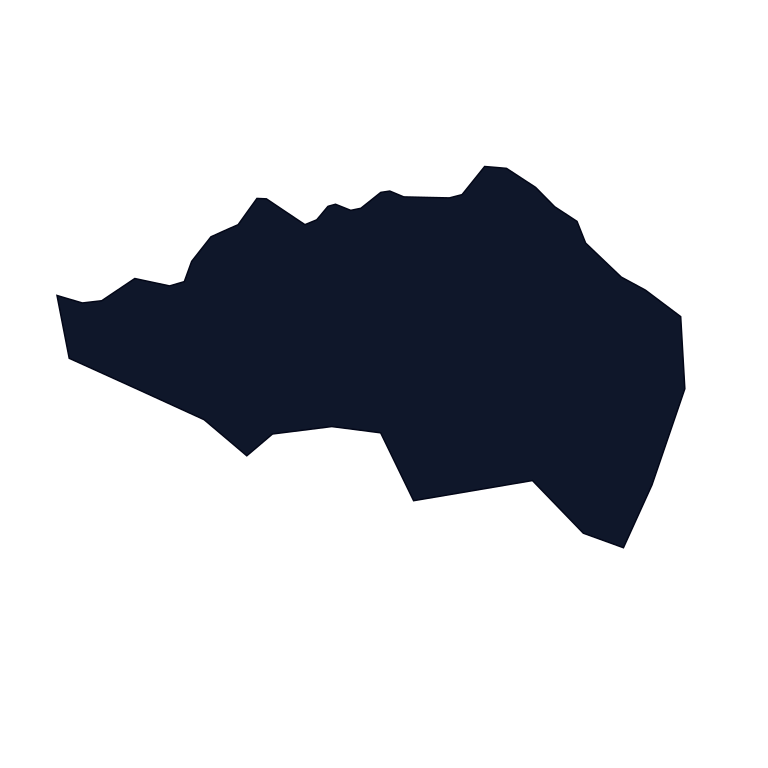 Likasi, Katanga, Democratic Republic of the Congo, rotated 169°
{"feature_id": "63176286B59059722008658", "entity_name": "Likasi", "entity_type": "district", "adm_level": 2, "iso_a3": "COD", "parent_name": "Democratic Republic of the Congo", "parent_adm1": "Katanga", "projection": "orthographic", "projection_center": [26.757, -10.963], "detail": "fine", "context": "isolated", "style": "filled", "palette": "ink", "viewbox_px": 768, "rotation_deg": 169, "n_neighbors": 0, "source": "geoboundaries", "source_scale": "gbopen_adm2", "svg_char_len": 913}
<svg xmlns="http://www.w3.org/2000/svg" viewBox="0 0 768 768"><g transform="rotate(169 384 384)"><path d="M180.2,177.6L140.2,233.8L89.6,321.9L79.9,393.5L109.4,426.2L130.7,443.7L141.3,458.6L159.2,483.9L163.5,506.8L182.6,525.4L197.7,548.1L207.7,557.8L222.6,572.3L231.6,574.9L243.7,578.3L269.7,556.3L271.3,555.0L284.3,554.2L305.1,558.7L328.9,563.9L341.5,572.3L350.6,572.7L373.2,560.9L375.8,560.9L383.5,560.8L389.7,564.8L397.3,569.7L403.9,569.2L405.2,569.0L418.7,558.0L431.2,555.5L439.7,563.9L464.1,588.2L473.3,590.4L485.2,579.2L496.8,568.2L504.5,566.5L512.3,564.7L523.3,562.1L525.8,561.5L549.4,541.1L558.1,526.6L560.5,522.6L575.8,521.2L608.5,535.1L631.5,525.4L645.2,519.6L664.6,521.1L679.5,528.8L688.1,533.3L688.1,469.3L630.2,428.2L567.4,383.3L550.1,361.8L532.4,339.7L503.0,356.2L443.4,352.2L396.6,336.7L377.2,263.8L256.7,260.9L216.8,199.5L180.2,177.6Z" fill="#0f172a" stroke="#020617" stroke-width="1.5"/></g></svg>